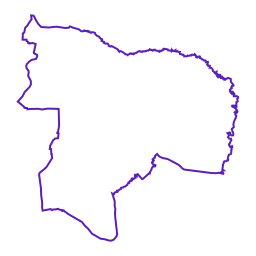 Phlapphla Chai, Buri Ram, Thailand (Mercator projection)
{"feature_id": "78962969B51110363980363", "entity_name": "Phlapphla Chai", "entity_type": "district", "adm_level": 2, "iso_a3": "THA", "parent_name": "Thailand", "parent_adm1": "Buri Ram", "projection": "mercator", "projection_center": [103.201, 14.722], "detail": "fine", "context": "isolated", "style": "outline", "palette": "violet", "viewbox_px": 256, "rotation_deg": 0, "n_neighbors": 0, "source": "geoboundaries", "source_scale": "gbopen_adm2", "svg_char_len": 5727}
<svg xmlns="http://www.w3.org/2000/svg" viewBox="0 0 256 256"><path d="M167.8,49.5L164.3,48.7L164.0,49.3L163.3,49.1L163.0,50.2L161.9,50.3L161.3,51.0L160.2,50.8L160.2,51.2L159.6,51.8L158.6,51.5L158.0,50.8L155.6,50.5L155.1,50.3L154.8,49.7L154.1,50.1L153.7,49.9L153.0,50.5L152.8,50.1L151.8,50.2L150.9,49.6L150.4,49.9L149.8,49.5L149.7,49.9L148.8,50.0L148.4,50.5L147.1,50.5L146.2,51.2L145.2,51.1L144.0,51.5L143.0,51.2L142.4,51.7L142.0,51.5L141.5,51.8L139.9,51.5L139.8,51.2L139.4,51.1L137.6,51.8L136.5,52.8L135.3,53.1L133.5,54.2L133.0,53.5L132.0,54.0L131.2,53.4L130.6,53.3L129.9,53.6L129.9,53.9L127.9,54.7L127.7,55.1L127.0,54.5L125.5,54.4L125.2,53.8L122.0,51.7L120.1,51.0L119.4,51.8L118.6,51.2L118.1,49.8L117.5,49.2L112.1,46.3L111.2,46.1L111.0,46.5L110.3,46.6L108.6,45.8L108.6,44.8L107.7,43.7L106.6,43.5L105.7,43.7L103.9,42.9L104.1,41.9L101.6,41.0L102.0,40.0L101.8,39.9L102.1,39.3L101.9,39.0L101.0,38.9L99.5,37.5L99.4,36.9L97.0,35.8L95.4,34.3L95.0,32.9L94.4,32.6L92.4,32.2L91.2,32.4L91.0,32.7L90.6,32.2L89.2,32.2L88.9,31.3L87.6,31.5L87.5,30.9L86.2,31.1L85.7,30.8L85.2,30.9L84.2,30.5L83.9,31.1L81.3,31.3L78.8,29.3L73.4,27.8L69.9,26.4L68.8,27.7L65.4,28.0L56.4,26.7L48.8,27.5L41.2,27.0L38.7,24.5L36.3,20.9L34.1,16.4L33.3,15.6L31.1,15.4L31.6,19.3L30.1,21.2L27.2,25.7L25.3,27.6L24.2,32.5L22.9,33.4L22.6,39.7L26.5,39.7L26.6,41.0L27.7,41.6L28.1,42.9L29.0,42.8L29.2,43.5L32.6,43.0L35.7,44.0L33.8,52.6L34.0,53.3L36.9,54.7L37.2,55.7L37.0,56.8L36.0,58.9L31.6,59.9L29.0,61.8L26.7,64.3L26.2,66.2L26.5,68.0L28.6,71.1L28.7,72.4L28.2,75.4L28.4,76.4L30.6,80.4L30.9,81.8L30.9,84.4L29.5,87.1L24.7,92.0L22.5,96.4L17.8,101.6L24.4,107.1L24.5,107.9L27.1,108.1L27.4,109.3L29.5,109.0L38.2,108.8L42.2,109.5L46.7,108.7L51.5,108.7L58.6,108.9L58.7,109.8L59.1,125.6L58.0,132.3L57.4,132.5L57.3,133.1L58.6,133.5L58.0,138.2L55.2,138.5L53.2,140.2L50.3,145.5L50.0,146.8L49.8,149.1L51.1,149.2L51.3,154.0L51.7,154.0L52.2,158.0L46.8,166.6L44.6,168.9L40.0,172.5L39.5,173.0L39.1,174.6L40.9,187.9L41.2,195.4L42.2,202.6L42.1,207.3L42.6,210.6L50.6,209.1L51.9,210.1L52.3,209.6L55.5,209.4L58.0,208.8L58.4,209.2L61.3,210.1L61.6,210.5L62.7,210.0L63.1,210.3L63.0,210.8L63.9,210.6L64.2,211.1L69.0,214.5L81.8,221.9L84.7,225.5L88.2,228.8L92.0,233.7L92.9,234.4L94.2,234.9L100.3,238.6L104.9,239.3L109.4,240.6L111.5,240.6L113.5,239.8L115.0,238.3L116.5,236.2L117.2,234.3L115.3,218.0L115.0,213.5L115.3,208.6L114.7,206.1L114.7,201.1L112.3,193.6L113.3,194.2L114.0,194.1L114.2,193.1L114.9,192.4L117.4,191.9L117.4,191.4L116.8,191.1L116.9,190.7L118.3,190.7L119.4,189.5L120.9,189.0L121.3,187.6L122.9,187.6L123.6,186.9L125.0,186.5L127.1,185.0L128.4,182.6L129.3,182.9L129.7,181.1L130.9,181.0L131.2,180.1L131.6,180.7L131.9,180.6L132.0,179.9L132.4,179.5L132.1,178.9L132.2,178.4L132.6,178.4L133.8,179.0L134.7,177.9L135.4,177.7L135.0,177.0L135.2,176.4L135.8,176.0L136.7,176.3L136.5,175.5L134.9,175.5L135.0,174.8L136.3,174.9L137.7,174.1L141.8,178.8L142.6,179.1L148.8,173.6L149.8,173.6L149.9,173.3L149.6,172.8L151.4,169.6L151.7,168.3L153.4,166.1L154.7,166.5L155.5,165.8L155.5,165.3L153.3,164.5L152.5,163.5L152.7,162.8L152.1,163.0L151.9,162.5L153.1,161.0L152.8,160.0L153.6,160.1L153.1,158.9L154.4,157.7L154.9,157.6L155.1,155.9L157.1,154.0L158.3,155.5L160.0,156.9L163.5,158.3L166.1,158.6L168.2,159.3L177.9,164.4L179.4,165.5L181.9,168.0L184.0,169.5L210.3,172.9L215.4,173.2L218.0,173.0L218.5,172.7L223.2,173.8L223.4,173.3L223.1,172.7L222.2,172.2L221.7,172.7L221.5,171.7L222.2,171.5L222.6,170.3L223.6,170.3L222.4,169.3L223.1,164.3L223.8,163.0L223.8,162.2L224.3,161.3L225.9,161.2L226.6,161.0L227.2,160.3L227.9,160.3L227.8,159.7L228.2,159.3L227.8,158.1L228.7,154.9L230.8,154.0L231.4,152.0L231.2,150.1L231.7,149.4L231.4,148.1L232.4,146.9L232.0,146.1L231.3,146.6L230.1,146.8L228.9,144.6L229.0,144.2L229.7,143.8L230.4,141.6L231.4,140.2L230.9,138.7L229.2,138.7L228.0,137.1L229.1,135.1L227.5,133.1L229.8,132.5L230.3,132.8L230.1,134.0L230.4,134.6L231.8,135.5L233.2,135.3L233.3,133.4L231.7,129.3L232.1,128.6L233.8,127.2L233.4,124.6L233.7,122.7L234.4,120.6L235.9,117.6L236.3,115.7L235.3,114.6L235.4,113.3L234.6,112.3L235.3,111.7L235.8,112.8L236.3,112.9L236.7,112.8L237.5,111.7L237.1,110.3L235.9,108.9L233.8,107.2L232.3,106.6L232.0,106.1L232.3,105.6L235.3,105.6L235.7,105.9L236.1,107.0L236.4,107.0L236.4,102.1L237.3,101.8L237.7,101.3L237.2,98.7L238.2,97.7L238.0,96.9L237.1,96.2L233.8,96.3L233.6,95.9L234.5,94.1L233.6,92.9L232.4,91.6L232.1,91.6L232.7,93.5L232.4,93.9L231.7,93.8L230.0,91.3L229.9,89.7L231.9,88.0L231.3,87.2L232.3,85.6L233.2,85.8L233.5,85.5L233.2,84.7L230.9,81.8L230.8,79.0L228.5,78.0L227.5,78.0L226.9,78.6L226.1,78.8L225.6,79.7L223.9,79.6L223.2,78.8L223.9,78.3L223.1,77.9L222.5,77.1L222.1,77.7L221.1,78.2L220.8,78.0L220.8,77.1L219.6,77.0L219.9,76.2L220.6,75.5L220.2,74.9L218.6,75.0L218.9,77.1L218.1,77.3L217.9,76.5L217.3,76.3L217.1,75.7L217.6,74.6L217.5,74.1L217.1,73.9L217.1,74.5L216.4,74.4L216.6,73.9L216.3,73.1L215.8,73.1L216.4,72.5L216.5,71.9L215.5,72.6L213.7,71.8L213.5,71.3L212.9,71.0L212.7,69.6L212.1,68.6L210.4,67.5L209.8,67.7L209.9,67.2L209.3,66.2L209.5,65.9L208.8,65.9L208.5,65.4L207.9,65.6L207.1,64.7L208.0,62.3L207.9,61.9L206.1,62.2L206.2,61.4L205.4,60.5L204.3,60.7L203.0,59.6L202.0,59.4L201.7,58.8L200.0,58.1L200.2,57.2L199.7,56.4L199.2,56.7L198.0,56.6L197.8,57.0L197.3,57.0L197.1,57.5L196.8,57.5L196.1,56.9L195.8,55.4L194.7,54.2L194.3,55.1L192.2,54.7L191.6,54.8L191.4,55.5L190.2,55.3L188.9,55.9L187.6,55.5L187.4,55.9L186.5,56.4L185.6,56.2L184.2,56.4L183.5,54.9L183.0,54.6L182.2,54.8L181.0,54.0L179.9,53.9L179.5,52.7L179.8,52.0L179.0,52.0L177.6,51.4L177.1,51.6L176.9,51.1L175.8,51.3L175.6,50.3L174.9,51.1L174.2,50.7L173.9,51.1L173.1,50.7L172.7,50.9L172.2,50.2L172.2,50.8L171.5,51.3L171.2,50.3L170.7,50.8L169.6,50.4L168.2,50.5L167.8,49.5Z" fill="none" stroke="#5b21b6" stroke-width="2"/></svg>